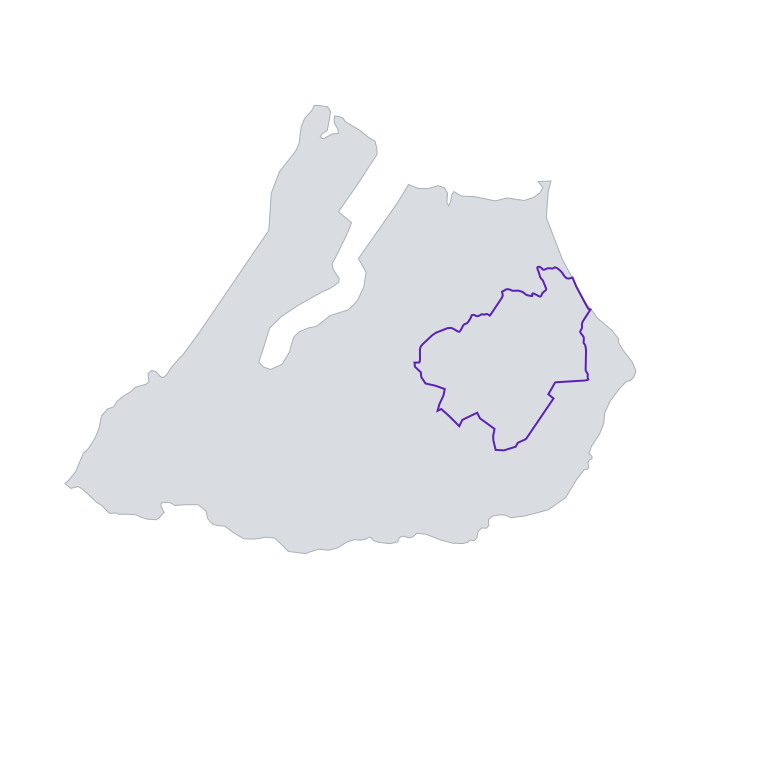 location of Louga within Senegal, rotated 124°
{"feature_id": "SEN-766", "entity_name": "Louga", "entity_type": "Region", "adm_level": 1, "iso_a3": "SEN", "parent_name": "Senegal", "parent_adm1": "", "projection": "natural_earth1", "projection_center": [-15.989, 15.391], "detail": "fine", "context": "in_parent", "style": "outline", "palette": "violet", "viewbox_px": 768, "rotation_deg": 124, "n_neighbors": 0, "source": "natural_earth", "source_scale": "10m", "svg_char_len": 5868}
<svg xmlns="http://www.w3.org/2000/svg" viewBox="0 0 768 768"><g transform="rotate(124 384 384)"><path d="M568.3,353.7L576.3,369.7L574.6,377.4L572.9,388.5L577.4,396.7L582.7,402.0L586.5,406.9L590.7,413.6L591.5,427.0L590.8,436.7L593.5,441.0L595.8,446.6L595.4,451.2L593.9,455.2L588.8,460.6L588.0,470.6L596.3,482.8L601.7,489.4L601.6,493.2L603.1,497.3L607.1,502.2L609.5,501.0L612.1,497.1L613.3,494.4L620.4,495.6L623.8,496.8L628.4,504.7L630.1,510.0L631.2,516.6L636.0,524.9L640.2,530.8L641.0,534.4L644.8,539.3L642.5,550.3L642.8,555.9L640.4,570.6L639.8,577.5L640.0,580.1L645.7,585.3L645.1,592.8L639.4,591.5L629.4,590.6L609.5,594.5L602.6,592.9L589.5,593.4L580.2,595.5L568.4,600.4L559.2,599.2L554.2,595.4L547.7,595.6L540.3,593.6L532.4,589.9L525.3,588.0L517.5,581.3L513.9,580.1L511.3,581.8L509.2,584.1L507.0,585.5L502.8,584.3L501.2,579.7L502.5,575.2L502.9,571.8L500.9,570.0L496.2,569.4L488.5,569.4L476.2,568.0L473.4,567.1L445.9,566.0L417.3,565.8L393.1,565.7L362.6,565.6L341.1,565.5L321.1,565.4L305.6,574.4L288.8,584.2L266.3,589.4L240.4,587.5L232.1,588.9L223.5,593.3L217.2,596.4L208.3,598.3L196.7,596.7L192.1,597.7L189.2,593.2L185.8,586.0L187.9,580.7L195.0,577.3L205.6,572.8L211.1,575.1L214.4,575.2L215.0,572.4L213.9,570.9L205.9,567.0L201.8,561.9L198.4,564.9L195.4,571.1L193.0,573.0L189.3,574.8L187.3,570.5L186.4,566.4L188.1,563.2L187.2,545.2L188.2,535.6L187.7,527.2L192.7,521.7L197.5,518.2L216.0,517.9L233.2,517.6L249.8,517.8L266.7,518.0L268.4,501.2L273.8,499.9L281.8,498.2L296.7,496.2L313.3,494.2L316.9,490.9L319.6,485.4L321.4,480.4L324.8,478.2L329.5,479.9L335.6,482.5L341.9,486.6L349.1,490.3L354.0,492.7L365.6,498.6L385.4,506.8L401.7,510.1L421.4,504.1L435.7,500.2L437.4,493.0L435.2,486.0L424.6,479.5L410.2,480.3L405.7,482.0L399.0,484.1L395.0,485.0L388.2,483.5L379.6,477.9L374.1,472.3L366.5,469.7L357.5,467.1L343.1,455.5L335.5,453.4L328.4,452.8L314.7,455.1L301.4,461.3L294.3,475.3L280.9,475.1L252.5,474.6L226.4,474.2L204.9,475.2L202.7,465.0L197.6,456.9L189.3,450.0L187.5,443.6L190.3,438.0L198.3,433.4L200.1,430.1L196.0,430.6L189.6,433.6L185.4,433.7L184.9,424.9L177.9,413.4L170.0,394.1L161.0,386.1L153.5,370.4L145.7,364.4L138.4,361.6L132.3,362.2L130.0,369.4L122.3,359.1L132.8,355.4L155.3,342.5L181.1,305.5L204.3,261.6L207.3,251.3L210.1,243.4L212.0,225.5L215.3,214.9L218.4,212.8L222.3,204.6L227.1,190.3L232.4,182.3L238.4,180.8L243.1,181.5L246.4,184.4L256.1,186.2L272.3,186.9L284.8,184.8L293.6,179.8L305.1,177.3L319.5,177.2L327.0,175.1L327.8,171.0L329.6,169.8L332.6,171.4L335.4,170.8L338.1,167.8L340.7,167.6L343.3,170.2L355.3,170.9L376.7,169.9L396.5,177.5L414.7,193.5L424.1,204.2L424.7,209.6L427.7,215.0L433.2,220.5L438.2,221.5L442.6,218.0L446.2,218.4L448.8,222.6L453.9,223.4L459.7,220.9L463.8,221.8L464.6,224.2L465.5,225.6L468.3,226.1L472.1,229.3L477.4,237.8L481.7,249.8L485.0,265.0L489.4,273.3L494.9,274.7L498.0,277.8L498.7,281.5L500.3,283.9L502.9,285.3L507.5,284.5L512.9,289.6L518.7,300.8L519.6,305.9L518.7,308.6L519.1,310.6L522.9,312.5L526.6,316.1L529.6,321.6L536.0,326.5L545.9,330.8L553.0,337.2L557.4,345.7L566.4,352.9L568.3,353.7Z" fill="#d9dde1" stroke="#a8b0b8" stroke-width="1"/><path d="M190.3,287.2L195.9,278.8L207.0,257.7L207.4,256.7L207.2,255.6L206.8,254.5L220.7,254.2L222.3,253.9L223.9,253.3L225.7,251.8L226.9,251.2L228.3,251.0L229.6,250.9L230.8,250.7L231.5,249.9L231.8,249.2L232.9,245.9L233.5,244.7L234.3,243.9L238.0,241.7L238.4,241.4L238.6,240.9L238.9,239.9L239.1,239.4L239.3,239.0L239.9,238.3L242.8,235.5L243.3,235.2L259.3,224.9L259.8,224.5L260.4,223.7L261.3,222.0L261.6,221.0L261.9,220.6L262.2,220.3L263.9,219.4L265.3,218.2L265.6,217.9L266.1,217.1L267.2,217.9L269.0,219.7L286.4,242.4L287.3,243.0L300.6,242.0L301.2,235.4L349.7,235.5L351.1,236.0L357.9,240.2L362.4,239.8L371.9,247.4L376.2,254.6L369.5,261.9L366.1,264.4L361.8,266.2L359.4,267.3L358.8,285.3L355.7,290.7L369.9,299.0L376.9,298.0L374.2,311.7L372.7,322.5L376.3,324.6L369.6,326.8L360.1,328.3L354.2,330.8L356.7,340.5L360.4,349.9L357.3,357.1L353.7,360.0L352.4,368.0L349.2,370.7L347.2,367.7L346.2,366.8L344.8,367.2L343.3,368.0L335.8,373.2L334.2,374.0L332.2,374.5L329.3,374.2L316.4,371.2L312.1,369.4L305.3,364.7L302.2,362.6L300.0,359.8L299.5,357.7L299.1,351.7L298.8,351.2L298.5,350.8L297.8,350.6L296.7,350.5L291.1,351.1L290.3,351.0L289.0,350.5L288.4,350.0L287.5,349.4L287.1,349.1L284.8,348.9L280.3,349.1L278.1,349.8L276.6,348.5L276.2,347.2L276.1,345.8L276.0,345.3L275.8,344.8L275.6,344.5L274.1,343.3L272.0,342.3L271.6,342.0L271.3,341.7L271.1,341.3L270.6,339.8L270.3,339.4L270.0,339.2L269.4,338.9L269.1,338.7L268.8,338.4L268.5,338.0L268.3,337.4L268.2,336.8L268.2,335.5L268.2,334.6L266.9,334.4L246.1,334.5L244.1,335.1L241.4,337.8L239.6,336.7L237.6,335.8L237.2,335.6L236.8,335.2L236.4,334.7L235.8,333.7L235.5,333.0L235.3,332.3L235.0,330.5L234.9,329.9L234.7,329.4L234.2,328.6L231.7,325.2L231.3,324.3L230.5,321.9L230.3,320.9L230.2,320.1L230.2,319.2L230.3,318.8L230.5,316.3L230.3,314.9L229.9,313.9L229.6,313.2L229.4,312.8L228.6,310.9L228.4,310.6L228.0,310.4L227.6,310.6L226.8,311.2L226.5,311.4L226.1,311.5L225.7,311.3L225.4,310.7L225.1,309.4L224.6,304.7L224.5,304.1L224.3,303.7L224.0,303.3L223.5,303.1L222.7,303.0L222.2,303.1L220.9,303.4L219.9,303.5L215.9,302.4L215.3,302.4L214.8,302.5L214.4,302.8L214.1,303.1L213.8,303.5L213.1,304.7L212.2,305.8L211.3,307.4L210.7,308.1L209.4,310.1L208.9,311.6L208.7,312.7L208.3,313.7L207.9,314.5L204.1,319.1L203.6,319.9L202.5,321.4L202.2,321.7L201.8,322.0L201.4,322.0L201.0,321.9L200.6,321.7L200.2,321.1L199.8,320.3L199.7,318.7L199.8,318.2L199.9,317.9L200.1,317.5L200.2,317.1L200.3,316.7L200.2,316.2L200.0,315.7L199.4,314.9L198.9,314.5L197.5,313.7L196.8,313.2L196.5,312.9L196.2,312.6L195.2,311.0L194.6,309.7L194.4,309.3L194.1,308.9L193.6,308.5L192.6,308.0L191.9,307.8L191.4,306.7L191.1,304.8L191.6,300.6L192.2,298.3L193.7,294.8L194.1,292.9L194.1,292.2L194.1,291.7L193.7,290.5L193.3,289.8L190.7,287.5L190.3,287.2L190.3,287.2Z" fill="none" stroke="#5b21b6" stroke-width="2"/></g></svg>